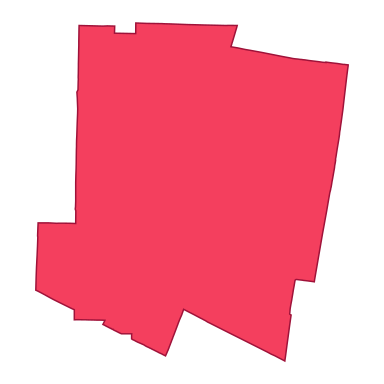 Bailesti, Dolj, Romania (Equal Earth projection), rotated 270°
{"feature_id": "2599482B66668126820138", "entity_name": "Bailesti", "entity_type": "district", "adm_level": 2, "iso_a3": "ROU", "parent_name": "Romania", "parent_adm1": "Dolj", "projection": "equal_earth", "projection_center": [23.267, 44.009], "detail": "fine", "context": "isolated", "style": "filled", "palette": "rose", "viewbox_px": 384, "rotation_deg": 270, "n_neighbors": 0, "source": "geoboundaries", "source_scale": "gbopen_adm2", "svg_char_len": 5430}
<svg xmlns="http://www.w3.org/2000/svg" viewBox="0 0 384 384"><g transform="rotate(270 192 192)"><path d="M321.8,326.6L321.9,326.1L321.5,326.1L321.6,324.8L321.7,322.9L322.3,318.8L322.9,313.9L323.1,312.1L323.5,308.9L324.1,305.0L324.2,304.0L324.3,302.9L324.5,301.8L324.6,300.2L324.7,299.4L324.9,298.1L325.0,297.2L325.1,295.9L325.5,292.8L326.1,289.9L327.4,282.9L331.7,261.1L333.7,250.1L334.5,245.3L336.1,237.7L337.0,232.3L337.0,232.2L337.3,230.9L339.7,231.7L340.9,232.0L342.7,232.6L356.5,236.7L358.5,237.2L358.6,230.1L358.6,228.4L358.5,226.1L358.7,217.8L359.0,204.2L359.3,193.0L359.4,188.3L360.1,169.6L360.2,165.4L360.3,163.0L360.4,162.0L360.4,160.0L360.5,153.9L360.6,146.6L361.0,135.8L350.4,135.7L350.8,114.5L357.9,114.7L358.1,107.5L357.9,102.9L358.2,91.0L358.5,79.1L355.3,79.0L348.1,78.9L342.9,78.8L338.6,78.8L335.0,78.7L329.4,78.6L324.6,78.5L320.4,78.4L317.7,78.4L310.5,78.3L306.8,78.2L304.6,78.3L302.8,78.2L298.6,78.1L294.2,78.0L291.9,76.9L285.7,77.3L282.6,77.4L275.2,77.7L270.7,77.6L260.7,77.2L248.3,76.8L244.4,76.6L240.1,76.5L237.2,76.5L234.6,76.4L228.5,76.3L219.8,76.2L215.4,76.1L209.2,75.9L205.5,75.8L201.7,75.7L182.8,75.7L176.8,75.5L175.9,75.3L175.2,75.3L174.7,75.3L174.2,75.4L173.9,75.6L173.3,75.8L170.4,75.8L162.7,75.7L160.5,75.7L160.7,70.4L160.8,63.8L160.8,62.7L160.8,62.1L160.8,58.6L160.7,56.8L160.8,54.7L161.0,51.3L161.1,48.5L161.1,45.6L161.1,38.5L161.1,38.1L148.7,37.6L147.7,37.6L147.2,37.8L146.5,37.8L143.5,37.7L137.8,37.5L128.6,37.1L116.8,36.5L108.5,36.2L105.4,36.1L97.1,35.9L93.8,35.8L93.5,36.5L93.0,37.6L91.2,41.1L86.6,49.5L84.6,53.2L82.3,57.8L78.7,65.1L75.2,72.2L74.3,74.3L71.7,74.3L64.2,74.3L64.3,76.9L64.3,78.5L64.2,83.4L64.2,85.6L64.1,88.1L64.0,93.5L63.9,96.8L63.9,99.8L63.8,103.5L63.7,104.9L63.3,104.7L62.6,104.4L61.3,103.8L61.1,103.7L60.9,103.6L60.5,103.4L59.9,103.1L59.6,102.9L59.3,103.3L59.1,103.9L58.8,104.5L58.4,105.2L58.0,105.9L57.5,106.9L57.1,107.7L56.3,109.2L55.5,110.9L55.5,111.2L55.4,111.3L55.2,111.3L54.9,112.0L54.5,112.9L54.6,113.1L54.2,113.3L53.7,114.2L53.0,115.7L52.8,116.1L52.7,116.4L52.5,116.6L52.3,117.1L52.2,117.3L51.8,118.1L51.5,118.6L51.4,118.9L51.2,119.3L50.9,119.9L50.8,120.1L50.3,121.2L50.2,121.7L50.2,122.1L50.2,122.8L50.2,123.2L50.2,123.5L50.2,124.3L50.2,124.6L50.2,125.3L50.2,126.0L50.2,126.4L50.2,126.7L50.2,127.1L50.2,127.4L50.2,127.8L50.2,128.9L50.2,130.0L50.2,130.3L50.2,130.8L50.2,131.3L50.2,131.7L49.3,131.6L48.6,131.6L47.2,131.6L45.1,131.6L44.9,131.9L44.8,132.1L44.6,132.3L44.3,132.8L44.2,133.1L43.5,134.6L42.8,135.8L42.2,137.0L41.7,138.0L41.3,139.1L41.2,139.2L41.1,139.4L40.8,140.2L40.7,140.3L40.6,140.6L40.5,140.9L40.4,141.1L40.3,141.3L40.1,141.6L40.1,141.8L39.9,142.3L39.8,142.5L39.7,142.6L39.6,142.9L39.6,143.0L39.4,143.3L39.1,143.9L38.8,144.5L38.6,144.7L38.4,145.0L38.2,145.3L38.1,145.6L37.7,146.1L37.6,146.4L37.2,147.2L36.5,148.8L36.4,149.0L36.1,149.5L35.8,150.1L35.7,150.5L35.5,150.8L35.3,151.2L35.3,151.3L35.1,151.5L34.9,151.9L34.9,152.0L34.7,152.4L34.6,152.6L34.3,153.1L34.2,153.3L34.2,153.5L34.0,153.9L33.8,154.1L33.7,154.3L33.6,154.6L33.5,154.8L33.4,154.9L33.4,155.0L33.2,155.5L32.9,155.9L32.8,156.1L32.7,156.3L32.6,156.5L32.4,157.0L32.2,157.3L32.1,157.5L32.0,157.8L31.7,158.3L31.6,158.5L31.3,159.0L30.9,159.9L30.6,160.6L30.4,161.0L30.1,161.7L29.6,162.6L29.4,163.0L29.2,163.3L29.1,163.6L28.9,163.9L28.8,164.2L28.7,164.5L28.5,164.8L28.3,165.1L28.2,165.3L28.1,165.5L29.9,166.3L30.3,166.5L30.8,166.7L31.7,167.1L32.7,167.5L33.2,167.7L33.7,168.0L34.8,168.4L35.3,168.6L35.7,168.8L36.7,169.1L40.0,170.4L40.9,170.7L41.4,170.9L41.8,171.1L42.3,171.3L43.3,171.6L44.7,172.2L45.2,172.4L45.7,172.6L46.7,172.9L47.7,173.3L48.2,173.5L48.7,173.7L49.7,174.1L53.7,175.6L54.7,176.0L55.4,176.2L55.8,176.4L56.1,176.5L56.8,176.8L57.2,176.9L57.5,177.0L58.2,177.3L59.0,177.6L60.1,178.0L60.4,178.1L60.8,178.2L61.2,178.4L61.5,178.5L62.2,178.8L62.6,178.9L62.9,179.1L63.6,179.3L64.3,179.6L65.0,179.9L65.7,180.2L66.4,180.5L67.1,180.8L68.2,181.3L68.9,181.6L69.6,181.9L70.0,182.0L70.4,182.1L71.1,182.4L71.4,182.5L72.5,182.9L73.5,183.2L74.0,183.4L74.7,183.6L73.4,186.1L69.5,193.7L69.2,194.3L68.7,195.2L67.7,197.1L65.8,200.7L64.8,202.7L64.0,204.1L63.6,205.0L61.9,207.7L61.0,209.6L50.9,229.6L46.8,237.8L36.3,258.7L31.7,267.8L29.9,271.1L28.2,274.9L26.2,278.7L23.4,284.1L23.0,284.8L27.7,285.5L33.0,286.2L39.9,287.1L46.4,288.0L58.3,289.6L69.0,291.1L69.2,290.8L69.3,290.6L69.4,290.4L69.6,290.1L69.7,289.9L69.9,289.7L70.0,289.7L70.4,289.7L70.9,289.7L71.3,289.8L71.7,289.9L72.3,289.9L73.3,290.0L74.8,290.1L76.2,290.3L77.3,290.5L78.5,290.7L80.2,291.0L81.3,291.2L83.3,291.6L85.0,291.9L85.8,292.0L90.5,292.8L93.8,293.3L98.1,294.1L102.8,294.9L103.8,295.1L104.2,295.5L104.4,295.9L104.5,296.1L104.5,296.4L104.5,296.7L104.3,298.3L104.0,300.7L103.8,302.6L103.6,303.4L103.2,307.1L102.8,310.1L102.2,314.3L104.3,314.6L149.6,322.4L172.1,326.5L191.3,329.8L194.3,330.6L195.1,330.7L195.7,330.8L196.8,331.1L197.2,331.2L197.9,331.3L199.6,331.6L202.9,332.1L203.7,332.3L207.1,332.9L216.2,334.5L218.3,334.7L222.0,335.4L223.0,335.5L223.3,335.6L223.8,335.6L224.1,335.5L224.5,335.6L225.4,335.6L226.7,335.9L234.5,337.1L239.9,338.0L245.2,338.9L249.5,339.5L252.0,339.7L253.7,340.0L254.6,340.2L256.5,340.4L259.4,340.8L262.7,341.3L268.7,342.1L274.4,342.9L284.1,344.0L307.1,346.7L314.3,347.6L317.8,348.1L319.1,348.2L319.3,346.9L319.3,346.7L319.3,346.3L319.3,346.2L319.4,345.9L319.4,345.4L319.5,345.1L319.6,344.4L319.6,343.7L319.6,343.1L320.5,337.4L321.1,331.9L321.8,326.6Z" fill="#f43f5e" stroke="#9f1239" stroke-width="1.5"/></g></svg>